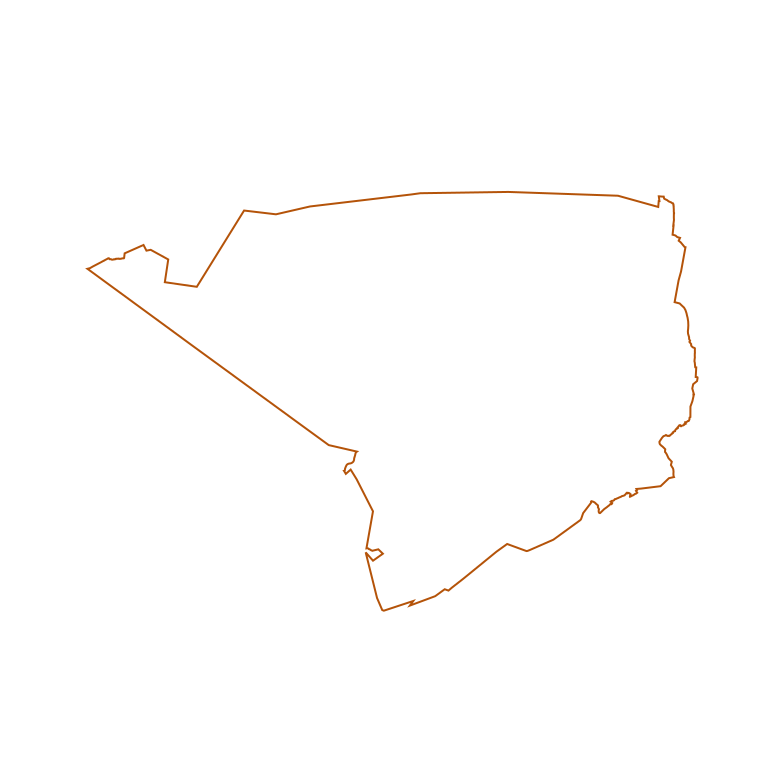 outline of San Juan de Guadalupe, Durango, Mexico, rotated 278°
{"feature_id": "50627088B55888965347329", "entity_name": "San Juan de Guadalupe", "entity_type": "district", "adm_level": 2, "iso_a3": "MEX", "parent_name": "Mexico", "parent_adm1": "Durango", "projection": "robinson", "projection_center": [-102.803, 24.72], "detail": "fine", "context": "isolated", "style": "outline", "palette": "amber", "viewbox_px": 768, "rotation_deg": 278, "n_neighbors": 0, "source": "geoboundaries", "source_scale": "gbopen_adm2", "svg_char_len": 5955}
<svg xmlns="http://www.w3.org/2000/svg" viewBox="0 0 768 768"><g transform="rotate(278 384 384)"><path d="M292.4,356.5L291.7,357.1L289.7,358.7L294.6,362.9L285.8,370.2L256.4,390.8L218.8,389.5L218.9,389.8L219.0,390.4L219.0,391.0L218.8,391.6L218.4,392.0L218.4,392.4L218.3,392.7L218.1,393.3L217.8,393.8L217.6,394.3L217.5,394.6L217.5,394.9L217.4,395.2L217.2,395.6L219.5,401.4L215.8,406.5L207.5,397.7L214.7,389.3L171.1,406.9L159.9,413.7L159.5,415.4L173.2,443.2L168.2,440.5L181.0,464.2L189.2,472.7L188.4,476.6L191.7,479.5L202.5,489.9L233.6,518.7L242.7,528.2L238.4,548.3L238.7,549.4L239.9,551.5L253.4,573.4L276.4,597.2L276.9,597.6L277.8,598.0L283.9,599.2L294.9,605.4L296.0,605.8L296.0,605.6L296.3,605.4L296.8,605.7L296.7,606.9L296.4,608.1L295.9,609.3L295.6,609.7L295.2,610.3L294.9,610.6L294.3,611.6L293.9,612.2L293.7,612.6L293.2,612.9L292.7,613.0L292.2,612.9L291.7,613.0L290.8,613.7L290.1,614.2L289.8,614.3L289.2,614.2L288.6,614.2L287.9,614.3L287.3,614.4L286.8,614.7L286.3,615.1L286.2,615.4L286.3,616.0L290.8,619.5L293.4,622.2L293.8,622.5L295.3,624.0L296.1,624.5L296.4,624.7L296.7,625.1L296.6,625.9L296.9,626.2L297.5,626.5L297.9,626.6L299.0,624.8L299.9,625.7L300.1,626.4L300.3,627.2L300.7,627.7L301.2,628.2L302.0,628.5L302.2,629.0L302.4,629.6L302.7,630.1L303.2,630.8L303.9,632.1L304.5,632.8L304.8,633.5L305.5,634.6L306.0,635.1L306.3,635.8L306.6,636.5L307.0,637.3L307.3,637.8L307.9,638.1L308.6,638.7L309.3,639.0L310.0,639.6L309.7,640.1L309.6,640.5L310.2,640.8L310.0,642.3L309.6,642.8L309.3,643.0L309.1,643.5L308.7,643.4L307.9,643.3L307.0,643.1L306.6,643.3L307.5,644.7L308.0,645.3L308.3,645.9L309.0,646.8L310.1,647.9L310.4,648.7L311.6,649.9L313.3,648.4L314.2,649.3L315.2,648.6L316.2,653.1L321.3,672.1L330.4,679.3L332.2,684.1L333.0,683.6L335.2,683.1L337.5,682.9L339.6,682.4L340.8,681.8L342.3,680.5L343.7,679.4L347.1,679.8L350.1,676.1L353.8,673.7L355.1,672.6L355.8,671.8L356.4,671.7L357.3,671.6L358.5,671.6L359.6,670.2L360.9,668.4L361.6,667.1L362.8,665.6L363.3,665.3L364.4,664.9L364.7,664.9L365.2,664.8L369.4,666.8L371.2,668.0L372.3,670.0L372.7,670.3L372.6,670.8L372.2,671.3L372.1,671.9L372.2,672.1L372.2,672.3L372.1,672.5L372.2,672.8L372.5,673.5L372.3,673.7L372.5,674.0L372.8,674.4L373.2,674.7L373.5,674.8L374.0,675.3L374.2,675.5L374.3,675.7L374.6,675.9L375.2,676.2L375.3,676.5L375.5,676.6L375.7,676.8L375.8,677.0L376.0,677.0L376.1,676.9L376.3,676.8L376.6,677.0L376.9,677.5L377.1,677.6L377.3,677.7L377.4,677.8L377.7,678.6L377.8,678.8L378.7,678.8L378.9,678.9L379.0,679.0L379.5,679.2L380.2,679.7L380.2,679.8L380.3,680.1L380.7,680.2L381.1,680.9L381.4,680.7L381.6,680.6L381.9,680.8L381.9,681.0L382.1,681.2L382.9,681.4L383.4,681.8L383.7,681.9L384.0,682.0L384.2,682.3L384.4,682.6L384.5,682.9L384.3,683.1L384.1,683.4L383.7,683.6L383.5,683.8L383.5,684.1L383.7,684.3L384.1,684.7L384.4,685.2L384.5,685.7L384.6,686.0L385.0,686.5L385.3,686.9L385.5,687.1L385.8,687.3L386.1,687.5L386.3,687.8L386.4,687.5L386.6,687.7L386.9,687.9L387.1,687.4L387.3,687.5L387.7,687.8L388.1,687.7L388.2,688.3L388.6,689.1L389.6,690.0L389.7,690.7L390.0,691.0L391.5,691.4L392.3,691.3L393.3,691.3L393.9,692.0L404.3,690.6L410.0,691.8L415.0,692.2L416.4,691.9L416.4,692.4L416.6,692.5L422.5,689.9L426.8,690.2L430.5,693.6L433.7,693.7L434.3,693.4L434.3,691.7L443.9,690.9L443.9,689.9L444.5,689.7L448.4,688.8L449.6,688.3L450.8,688.2L453.9,688.1L454.6,687.9L455.3,687.8L457.7,687.5L457.9,687.6L459.5,687.3L460.3,687.2L462.6,686.9L462.9,686.5L463.2,684.9L463.9,683.8L464.6,683.0L465.3,682.7L466.3,682.6L468.2,680.6L469.4,681.1L471.0,679.9L472.8,679.6L476.1,678.1L478.4,677.6L481.1,677.5L484.5,677.2L488.3,676.5L491.9,675.4L493.8,674.6L496.2,673.7L499.2,672.2L501.4,670.5L503.5,667.5L504.6,666.0L504.9,665.6L505.5,660.4L527.6,661.3L536.8,662.5L561.4,663.5L561.4,662.7L565.5,658.2L566.9,655.9L569.9,656.8L570.3,654.0L571.6,652.0L571.9,650.0L572.0,649.0L581.2,648.7L581.1,648.4L586.8,648.3L588.9,647.9L593.4,647.3L593.4,647.5L593.5,647.5L593.9,647.4L594.4,647.2L594.9,647.0L597.1,646.7L599.6,646.2L599.8,646.2L600.0,646.2L600.3,646.1L600.6,645.9L600.8,645.9L601.0,645.8L601.5,645.9L601.9,645.6L602.4,645.5L602.6,645.4L602.8,645.2L602.9,644.9L603.1,644.9L603.2,644.4L603.4,643.8L603.9,642.9L603.9,642.5L604.1,641.9L604.3,641.3L604.3,641.0L604.8,639.9L605.1,639.4L605.4,639.0L606.2,636.5L606.6,635.6L608.5,634.9L608.2,632.4L608.2,631.8L608.2,630.9L608.1,630.0L603.5,631.3L603.4,630.6L599.6,630.8L597.5,630.9L603.0,589.5L591.5,480.4L578.0,393.5L575.5,384.7L549.5,286.0L537.0,253.4L536.3,221.3L454.2,185.1L454.3,152.8L477.3,153.0L484.4,134.3L483.0,130.2L488.2,126.5L477.3,109.0L472.6,109.1L472.4,109.0L472.3,108.9L472.3,108.7L472.1,108.3L472.1,108.1L472.1,107.9L472.0,107.6L472.0,107.4L471.8,107.0L471.6,106.3L471.4,106.1L471.3,105.5L471.3,105.4L471.1,105.0L471.1,104.6L471.2,104.3L471.3,104.0L471.1,103.8L471.1,103.7L471.0,103.4L471.0,102.6L470.9,102.4L470.9,102.2L470.8,101.6L470.7,101.4L470.4,101.1L470.5,100.9L470.5,100.7L470.3,100.6L470.3,100.4L470.1,100.2L469.9,99.9L469.9,99.4L469.9,99.1L469.7,98.8L469.5,98.5L469.4,98.1L469.3,97.5L469.3,97.3L469.3,96.8L469.4,96.7L469.5,96.5L469.6,96.2L469.6,95.8L469.5,95.5L469.4,95.2L469.4,94.9L469.7,94.6L469.9,94.4L470.1,94.3L470.2,94.0L470.2,93.8L470.1,93.4L469.8,93.2L469.7,92.9L469.5,92.7L468.8,91.7L463.9,85.0L460.9,80.8L459.9,79.4L457.8,76.7L456.8,74.3L414.5,153.2L396.6,186.5L334.3,303.1L315.8,337.8L313.3,366.6L313.2,366.5L312.8,366.1L312.6,366.0L312.4,365.8L312.2,365.7L311.7,365.5L310.8,365.4L309.2,365.3L308.1,365.1L307.5,365.0L307.3,365.0L307.2,364.9L306.8,364.9L306.2,364.8L305.1,364.9L304.6,364.9L303.3,364.6L303.0,364.5L302.7,364.3L302.4,364.1L301.7,363.4L301.5,363.2L301.2,362.9L301.1,362.7L300.7,361.8L300.6,361.6L300.5,361.2L300.4,360.6L300.3,360.4L300.2,360.2L299.8,359.4L299.7,359.3L299.5,359.1L299.3,358.8L299.0,358.6L298.9,358.5L298.6,358.3L298.1,358.1L297.5,357.9L296.5,357.6L296.1,357.5L295.1,357.3L294.6,357.2L294.2,357.2L293.3,357.2L293.0,357.2L292.8,357.1L292.6,357.0L292.5,356.8L292.4,356.5Z" fill="none" stroke="#b45309" stroke-width="2"/></g></svg>